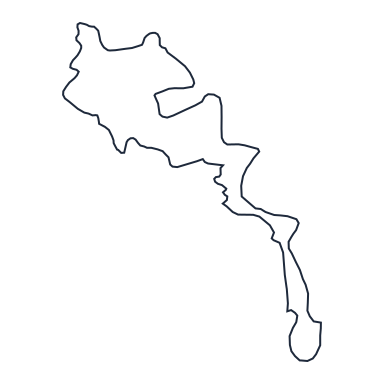 Al-Karkh, Baghdad, Iraq (orthographic projection)
{"feature_id": "34846034B16930377854620", "entity_name": "Al-Karkh", "entity_type": "district", "adm_level": 2, "iso_a3": "IRQ", "parent_name": "Iraq", "parent_adm1": "Baghdad", "projection": "orthographic", "projection_center": [44.409, 33.178], "detail": "fine", "context": "isolated", "style": "outline", "palette": "slate", "viewbox_px": 384, "rotation_deg": 0, "n_neighbors": 0, "source": "geoboundaries", "source_scale": "gbopen_adm2", "svg_char_len": 2738}
<svg xmlns="http://www.w3.org/2000/svg" viewBox="0 0 384 384"><path d="M146.5,35.9L144.6,38.0L143.1,42.5L142.0,44.8L138.1,46.1L132.0,48.0L125.4,48.8L115.4,50.2L109.8,50.5L107.8,50.2L104.0,47.5L102.2,44.9L100.3,41.0L99.6,37.2L98.9,33.8L98.2,30.7L96.3,28.7L94.1,26.7L93.4,26.7L91.7,26.6L89.1,26.1L86.9,24.8L84.7,24.1L82.6,23.6L80.0,23.0L77.6,24.4L77.4,27.3L78.6,30.8L78.5,34.2L76.2,37.4L76.5,40.3L79.4,43.0L81.2,45.7L81.2,48.0L79.8,51.5L77.5,55.3L75.4,57.7L73.0,60.2L70.7,64.2L70.3,67.4L72.8,68.8L76.6,69.8L78.7,71.7L77.0,75.3L74.5,78.2L69.4,82.5L66.0,87.0L63.3,91.3L63.1,94.9L64.9,98.4L69.6,102.0L77.8,108.8L84.3,112.6L88.6,113.6L92.5,115.4L95.7,115.1L97.3,115.4L98.3,118.2L98.9,121.8L99.1,123.8L105.0,126.9L108.9,130.0L112.1,136.5L113.5,140.3L113.7,143.2L115.3,146.3L117.1,149.6L118.2,149.9L121.2,152.9L124.2,152.7L125.1,148.8L126.6,142.2L127.9,140.1L130.5,138.3L133.2,138.1L135.6,139.6L138.0,142.9L140.3,145.5L144.2,146.5L147.0,147.8L151.3,147.8L157.7,149.4L162.7,151.2L163.2,151.8L165.7,154.5L168.5,157.3L170.2,164.5L172.5,166.6L177.3,167.1L197.0,161.2L202.8,159.1L204.8,162.0L205.2,162.2L208.0,163.5L212.1,164.0L223.0,165.3L220.5,168.1L220.7,174.5L219.2,176.6L215.9,177.1L214.2,178.9L215.1,181.7L217.9,183.8L222.0,185.1L226.3,188.7L225.8,189.9L223.0,192.3L224.8,194.8L227.3,196.4L226.9,200.0L222.8,203.6L226.7,206.4L232.7,212.0L238.1,214.6L253.2,214.8L259.4,216.6L269.9,225.3L274.0,232.5L271.7,238.4L273.6,240.2L279.6,242.8L283.1,252.5L284.8,274.9L286.4,286.4L286.8,289.0L287.9,303.4L287.3,311.3L291.1,310.1L295.0,312.8L297.3,315.6L296.3,322.0L295.9,322.8L292.9,327.9L289.6,336.1L289.9,345.0L291.4,351.2L295.0,356.1L299.7,360.4L301.7,360.5L307.4,361.0L312.8,358.5L316.1,354.2L318.3,349.4L320.2,345.3L320.2,335.5L320.8,328.6L320.9,322.6L313.7,321.4L309.8,316.3L307.4,310.7L307.8,303.0L308.1,293.6L305.6,284.7L302.9,279.1L299.9,270.0L295.9,262.1L291.8,253.4L288.8,248.5L288.6,241.8L291.4,236.9L293.4,233.7L296.1,230.1L298.7,223.1L296.4,219.2L287.5,216.2L280.3,215.4L274.2,215.0L265.5,212.0L260.7,209.0L255.5,208.4L250.0,203.7L241.7,196.5L241.2,185.8L243.0,176.2L246.8,168.0L250.1,163.7L253.5,158.3L259.2,151.6L257.9,148.9L251.5,147.2L244.6,145.3L238.5,144.3L227.3,144.5L224.0,142.2L221.8,137.8L221.5,128.8L221.6,117.1L221.5,107.3L221.5,105.9L219.6,97.8L213.9,94.6L208.2,94.2L204.8,96.5L202.0,101.6L195.4,105.3L185.5,109.8L173.3,115.5L167.2,117.6L162.5,116.6L161.4,115.7L159.6,114.1L158.8,108.5L158.1,103.5L156.5,100.0L154.5,95.4L155.6,93.9L162.4,91.4L168.8,88.8L174.4,88.2L183.2,88.3L192.5,86.7L194.2,83.2L193.3,79.5L189.9,72.6L185.0,66.2L175.9,58.7L167.6,52.5L165.4,48.3L162.0,47.3L159.8,45.1L159.7,40.3L159.7,38.2L157.6,34.2L155.2,32.9L152.6,32.9L150.1,33.4L148.9,34.1L146.5,35.9Z" fill="none" stroke="#1e293b" stroke-width="2"/></svg>